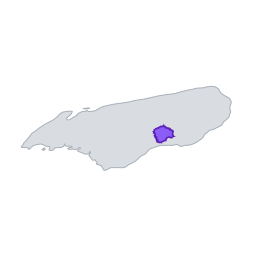 Mahabo, Menabe, Madagascar shown in context, rotated 245°
{"feature_id": "10022922B70120442307447", "entity_name": "Mahabo", "entity_type": "district", "adm_level": 2, "iso_a3": "MDG", "parent_name": "Madagascar", "parent_adm1": "Menabe", "projection": "equal_earth", "projection_center": [45.183, -20.687], "detail": "fine", "context": "in_parent", "style": "filled", "palette": "violet", "viewbox_px": 256, "rotation_deg": 245, "n_neighbors": 0, "source": "geoboundaries", "source_scale": "gbopen_adm2", "svg_char_len": 6681}
<svg xmlns="http://www.w3.org/2000/svg" viewBox="0 0 256 256"><g transform="rotate(245 128 128)"><path d="M159.2,28.9L159.8,30.5L160.4,32.1L162.3,35.9L163.2,37.4L163.9,39.0L164.2,42.1L165.4,46.9L166.5,54.2L166.8,61.7L167.2,65.1L168.0,68.3L169.5,71.7L170.0,75.4L169.0,79.2L167.7,82.8L167.3,83.5L166.7,84.4L166.4,84.4L165.4,83.4L164.5,81.9L163.4,78.3L163.1,76.5L162.6,76.2L161.3,76.4L160.4,77.5L160.2,78.2L160.4,80.2L160.7,82.1L160.9,83.9L160.9,86.2L161.2,86.9L161.7,87.5L162.2,89.0L162.3,92.6L162.0,94.5L161.1,96.0L161.1,96.9L161.4,97.8L161.1,98.3L159.9,99.0L159.4,99.6L158.8,101.2L157.7,104.4L157.5,106.1L158.1,111.1L157.9,114.7L156.5,121.5L155.7,124.8L154.6,128.6L152.9,133.7L151.2,140.1L149.8,146.6L148.7,150.6L147.5,154.4L145.9,161.3L144.5,168.2L142.4,175.8L139.6,184.3L139.3,185.4L138.7,189.7L138.0,193.4L137.3,197.1L135.7,203.2L135.5,205.1L135.1,206.9L133.6,210.8L133.0,212.2L132.5,213.7L132.3,215.6L131.8,217.4L130.7,220.8L129.1,223.7L128.0,224.8L125.6,226.3L124.4,226.7L121.7,226.7L119.2,227.6L116.5,229.2L113.9,231.2L112.9,232.1L111.8,232.6L108.4,232.7L107.3,232.3L103.9,229.1L102.6,228.6L100.1,228.2L99.3,227.9L98.6,227.5L97.6,225.8L95.6,224.4L95.1,224.0L94.8,223.0L94.6,222.0L94.0,220.8L93.6,218.6L93.0,217.0L91.1,214.3L90.9,213.4L90.7,210.5L90.8,208.5L90.6,204.9L90.8,203.2L91.4,201.7L91.2,200.0L90.5,198.3L90.2,196.4L89.7,194.8L87.7,191.8L87.2,190.4L86.9,188.8L86.1,184.1L86.0,182.5L86.1,179.0L86.4,177.2L86.9,175.9L87.0,175.0L87.3,174.2L87.8,173.5L88.1,172.8L88.8,168.3L89.7,167.3L91.1,166.7L92.2,165.6L92.8,164.0L93.5,160.7L95.2,157.5L95.8,155.8L97.2,153.2L98.5,149.6L98.8,147.9L99.1,146.1L99.4,142.3L99.7,140.4L99.6,138.5L98.9,136.5L97.2,133.0L97.1,132.3L97.2,129.7L97.1,127.8L96.5,125.9L95.7,124.1L94.8,120.8L94.4,115.2L94.5,113.2L94.3,111.5L93.7,109.8L94.1,106.8L99.2,96.0L99.4,94.8L99.2,91.5L99.3,89.5L99.5,88.8L99.9,88.4L100.7,88.2L104.9,87.8L105.4,87.4L106.5,86.5L107.9,84.8L108.6,84.2L109.1,84.4L109.5,85.2L109.9,85.6L111.6,84.8L112.3,84.8L112.9,84.9L113.2,84.2L113.4,83.2L113.7,82.5L114.1,82.1L116.3,81.9L117.7,81.6L119.5,80.9L119.8,81.1L121.3,83.5L121.7,83.7L122.3,83.8L122.8,83.4L121.6,82.1L121.4,81.4L121.5,80.5L122.1,78.7L123.2,77.4L125.5,75.3L127.9,72.9L128.6,72.8L129.2,73.1L129.7,76.0L129.6,76.4L130.0,76.5L130.5,76.1L130.9,75.0L130.9,74.1L130.6,73.2L130.4,72.4L130.4,71.7L131.6,70.0L132.6,68.4L133.1,66.5L133.4,65.7L134.5,64.7L134.8,64.8L135.0,65.6L135.1,66.5L134.9,67.3L134.5,68.1L134.3,69.3L134.9,69.5L135.5,69.2L136.3,67.2L137.2,65.3L137.7,64.3L138.4,63.6L139.5,63.8L140.6,64.2L138.8,62.2L138.4,59.4L140.5,54.7L140.6,53.7L140.9,53.4L141.0,53.0L139.9,51.4L139.7,50.6L139.9,49.4L140.4,48.3L140.9,47.5L141.6,47.2L142.1,47.6L143.3,49.0L144.1,49.2L145.1,47.9L145.9,46.3L147.0,45.2L148.4,44.5L150.5,42.0L151.8,36.8L151.9,35.3L151.7,33.4L151.2,31.7L150.4,29.5L150.6,29.0L151.7,29.3L152.1,29.0L153.4,27.0L155.4,23.3L156.0,23.3L156.6,24.0L156.8,25.0L157.2,25.8L158.6,27.5L159.2,28.9ZM145.1,43.6L145.1,44.1L143.6,43.9L143.4,41.9L144.1,41.9L144.3,41.1L144.8,41.0L145.2,42.7L145.1,43.6ZM163.4,99.2L162.1,102.0L162.4,99.6L164.0,96.2L164.4,95.9L163.4,99.2Z" fill="#d9dde1" stroke="#a8b0b8" stroke-width="1"/><path d="M115.2,150.9L114.9,150.8L114.7,150.7L114.4,150.6L114.2,150.5L114.1,150.4L114.0,150.1L113.9,150.0L113.9,149.9L113.8,150.0L113.7,149.9L113.5,149.6L113.4,149.6L113.2,149.6L112.9,149.5L112.8,149.4L112.8,149.5L112.7,149.4L112.6,149.6L112.4,150.0L112.1,150.0L111.9,150.1L111.6,149.9L111.4,149.7L111.1,149.7L110.9,150.1L110.6,150.1L110.1,149.8L110.0,149.6L110.2,149.4L110.1,149.1L109.9,148.9L109.9,148.7L109.7,148.7L109.5,148.8L109.2,148.8L109.1,149.0L108.9,149.1L108.8,148.9L108.7,148.9L108.5,148.6L108.3,148.6L108.1,148.8L108.1,149.0L107.9,149.0L107.9,149.3L107.8,149.5L107.6,150.0L107.4,149.8L107.2,149.8L107.2,149.7L107.1,149.3L106.9,149.3L106.9,149.1L106.7,148.9L106.5,149.0L106.5,148.9L106.4,148.9L106.3,148.7L106.3,149.2L106.2,149.2L105.9,149.2L105.7,149.1L105.6,148.9L105.4,149.0L105.1,149.3L105.1,149.2L104.9,149.1L104.8,148.9L104.6,148.8L104.5,149.1L104.4,149.0L104.2,148.9L104.2,149.0L104.1,149.3L103.9,149.0L103.9,148.9L103.7,149.0L103.3,149.0L103.2,148.6L102.9,148.8L102.7,148.9L102.8,149.1L102.9,149.3L102.8,149.5L102.6,149.8L102.5,149.7L102.4,149.8L102.2,150.0L101.9,150.0L101.6,150.1L101.5,150.5L101.4,150.6L101.3,150.8L101.3,151.2L101.3,151.3L101.1,151.5L100.9,151.8L101.2,151.8L101.3,151.9L101.3,152.1L101.2,152.4L101.2,152.7L101.2,153.1L101.2,153.3L100.9,153.6L101.0,154.2L100.9,154.6L101.1,154.9L101.3,155.7L100.9,156.5L100.6,156.8L100.6,157.0L100.8,157.1L101.0,157.2L101.3,157.3L101.5,157.4L101.5,157.5L101.8,157.7L101.8,157.9L102.0,157.9L102.0,158.0L102.1,158.3L102.3,158.4L102.4,158.5L102.5,158.5L102.6,158.8L102.5,159.0L102.6,159.3L102.5,159.6L102.5,159.8L102.6,160.2L102.7,160.3L102.7,160.5L102.5,160.8L102.5,161.1L102.4,161.3L102.5,161.6L102.4,161.9L102.4,162.0L101.9,162.0L101.6,162.4L101.3,162.5L100.9,162.9L100.9,163.0L100.7,163.3L100.7,163.7L100.9,164.0L101.0,164.5L101.3,164.9L101.2,165.0L101.3,165.2L101.2,165.5L101.4,165.7L101.3,165.9L101.5,165.8L101.6,165.7L101.8,165.8L102.0,165.7L102.5,165.4L102.6,165.6L102.9,165.8L103.0,165.9L103.3,166.0L103.4,165.9L103.6,165.8L103.8,166.0L104.1,166.1L104.5,166.1L104.9,166.3L105.0,166.4L105.0,166.6L105.1,167.0L105.3,167.2L105.5,167.2L105.7,167.4L105.8,167.3L106.2,167.4L106.4,167.2L106.5,167.3L106.6,167.2L106.9,167.2L107.0,167.3L107.1,167.2L107.1,166.9L107.3,166.6L107.4,166.4L107.6,166.2L107.8,165.9L108.0,165.9L108.1,165.7L108.4,165.4L108.5,165.2L108.8,165.1L109.0,165.0L109.4,165.1L109.6,165.0L109.8,165.2L109.9,165.4L109.8,165.6L110.0,165.5L110.1,165.4L110.0,165.2L110.3,165.1L110.2,165.0L110.3,164.9L110.4,164.7L110.5,164.7L110.6,164.4L110.8,164.3L110.8,164.2L111.0,164.1L111.0,163.8L111.1,163.7L111.3,163.6L111.6,163.5L111.6,163.4L111.7,163.2L111.8,163.2L111.8,162.9L111.7,162.7L111.8,162.5L112.1,162.6L112.3,162.5L112.5,162.6L112.8,162.5L112.9,162.4L113.0,162.4L113.1,162.6L113.4,162.6L113.6,162.3L113.6,162.2L113.7,161.8L113.7,161.7L113.9,161.4L114.1,161.4L114.2,161.5L114.5,161.5L114.7,161.4L114.8,161.5L115.0,161.5L114.9,161.4L114.8,161.2L114.9,160.9L115.0,160.9L114.9,160.7L114.8,160.4L114.8,160.2L114.9,159.7L114.9,159.4L115.0,159.4L114.9,159.2L115.0,159.1L115.0,158.9L115.0,158.7L115.3,158.5L115.4,158.4L115.5,158.4L115.7,158.2L115.6,157.9L115.6,157.7L115.5,157.4L115.5,157.1L115.5,156.8L115.4,156.7L115.5,156.4L115.4,156.2L115.1,155.8L115.0,155.6L115.3,155.5L115.3,155.4L115.5,155.1L115.4,154.8L115.4,154.7L115.5,154.6L115.6,154.4L115.6,154.1L115.5,153.9L115.5,153.7L115.4,153.5L115.4,153.4L115.5,153.2L115.6,152.8L115.6,152.7L115.4,152.2L115.3,151.9L115.3,151.7L115.3,151.4L115.3,151.2L115.2,150.9Z" fill="#8b5cf6" stroke="#5b21b6" stroke-width="1.5"/></g></svg>